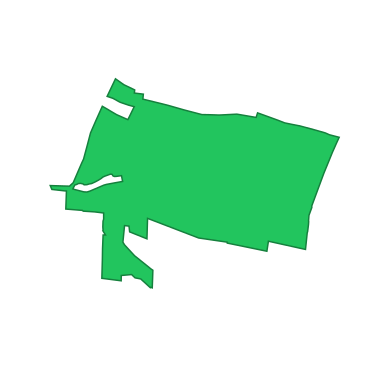 outline of Nasturelu, Teleorman, Romania, rotated 209°
{"feature_id": "2599482B97470036487680", "entity_name": "Nasturelu", "entity_type": "district", "adm_level": 2, "iso_a3": "ROU", "parent_name": "Romania", "parent_adm1": "Teleorman", "projection": "natural_earth1", "projection_center": [25.483, 43.671], "detail": "fine", "context": "isolated", "style": "filled", "palette": "green", "viewbox_px": 384, "rotation_deg": 209, "n_neighbors": 0, "source": "geoboundaries", "source_scale": "gbopen_adm2", "svg_char_len": 2015}
<svg xmlns="http://www.w3.org/2000/svg" viewBox="0 0 384 384"><g transform="rotate(209 192 192)"><path d="M251.0,114.8L246.9,112.5L248.9,111.3L242.9,99.3L237.3,88.8L229.0,72.8L210.9,80.0L213.4,84.7L204.8,90.5L200.2,89.3L194.7,91.1L182.1,88.1L182.0,88.6L180.3,88.9L184.3,96.8L188.3,104.6L190.4,104.8L191.1,104.9L208.9,108.0L211.3,108.4L225.2,113.0L228.1,114.6L233.2,126.4L234.7,129.9L233.1,130.6L230.6,131.6L229.4,130.0L228.5,128.7L227.2,126.9L208.7,129.2L218.1,147.4L163.9,155.0L136.9,165.2L136.4,164.4L97.8,176.5L101.3,186.0L71.9,194.7L64.9,196.8L71.5,212.3L71.6,213.2L74.3,219.9L75.6,222.7L76.0,223.1L78.4,228.3L79.7,236.6L80.5,237.9L85.8,272.6L87.4,286.3L88.4,294.5L89.3,304.7L89.8,311.2L99.5,308.7L104.0,308.3L114.0,306.0L130.1,302.0L130.6,301.8L137.7,299.5L144.4,297.4L145.0,297.3L151.8,296.4L165.6,294.2L173.0,293.0L172.1,288.3L190.1,282.0L190.9,281.6L197.0,277.8L203.4,273.8L205.7,272.4L214.5,267.9L220.9,264.5L225.2,263.4L238.9,259.9L254.9,256.2L261.7,254.4L280.0,249.4L282.0,254.0L290.4,250.6L291.6,253.5L303.7,252.8L313.8,253.9L312.6,234.5L306.5,235.6L299.1,235.6L298.0,235.7L289.6,237.2L283.9,238.6L283.3,227.4L283.2,224.2L288.7,223.7L295.5,223.1L303.3,223.3L305.3,223.4L312.0,223.5L310.7,208.0L309.4,194.5L306.4,182.7L302.8,168.2L302.5,163.8L302.1,159.6L300.4,142.5L301.4,139.6L302.0,137.7L307.8,134.7L314.6,131.2L319.1,128.9L315.8,126.3L305.0,130.8L303.6,131.4L302.3,132.0L294.1,115.9L278.9,122.8L277.9,122.5L267.5,127.4L259.1,130.8L256.1,125.4L255.7,123.4L253.1,118.3L250.9,114.9L251.0,114.8ZM293.9,145.4L291.4,146.2L289.9,146.0L289.0,146.5L287.4,147.5L285.8,149.2L283.9,150.7L282.6,152.5L281.7,153.7L280.9,154.9L279.5,157.1L278.1,159.6L277.2,161.8L276.0,163.5L273.9,165.9L272.0,168.1L270.5,168.7L269.0,167.8L267.6,167.9L266.0,168.8L261.6,172.1L257.8,167.6L264.2,162.4L270.6,157.1L272.5,155.2L281.8,143.2L282.3,142.7L283.8,141.1L285.2,140.4L286.6,139.7L295.4,137.4L297.7,136.9L297.9,141.3L296.5,142.7L295.6,144.2L294.7,144.8L293.9,145.4Z" fill="#22c55e" stroke="#15803d" stroke-width="1.5"/></g></svg>